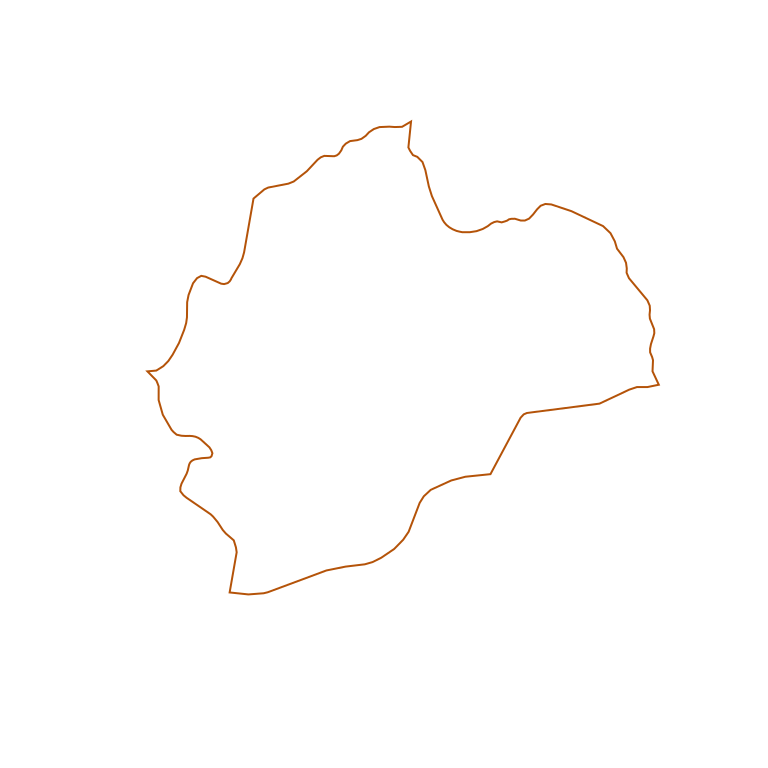 Paraguarí, orthographic projection, rotated 218°
{"feature_id": "PRY-611", "entity_name": "Paraguarí", "entity_type": "Department", "adm_level": 1, "iso_a3": "PRY", "parent_name": "Paraguay", "parent_adm1": "", "projection": "orthographic", "projection_center": [-57.025, -26.024], "detail": "fine", "context": "isolated", "style": "outline", "palette": "amber", "viewbox_px": 768, "rotation_deg": 218, "n_neighbors": 0, "source": "natural_earth", "source_scale": "10m", "svg_char_len": 2326}
<svg xmlns="http://www.w3.org/2000/svg" viewBox="0 0 768 768"><g transform="rotate(218 384 384)"><path d="M539.4,223.6L551.7,232.6L560.1,243.4L563.4,245.4L565.6,246.6L578.2,248.3L571.7,254.4L568.9,262.2L568.1,269.3L568.6,276.9L570.8,290.1L574.8,303.6L577.4,310.2L580.3,315.2L589.5,327.3L592.8,333.8L596.5,345.8L596.5,352.3L594.6,356.7L590.7,358.7L574.1,362.8L571.5,364.3L569.3,367.3L568.8,369.9L569.0,372.3L569.3,373.2L571.4,389.7L573.0,396.0L575.3,401.6L601.0,449.8L598.1,463.7L596.2,467.5L582.7,483.0L579.8,488.0L575.8,504.2L574.4,519.8L573.4,523.7L571.5,527.0L563.5,532.8L562.0,535.0L561.3,537.7L561.5,541.8L562.5,545.7L562.1,549.9L560.3,554.5L555.1,559.8L552.7,563.3L551.2,568.3L550.8,573.1L549.0,578.6L545.7,583.7L538.2,590.1L533.6,593.2L528.1,597.8L524.3,607.5L510.4,585.4L507.0,583.8L502.1,582.2L497.6,583.5L490.3,582.6L483.1,578.0L470.3,567.3L462.0,561.6L439.0,549.5L436.2,548.5L432.8,547.8L429.1,547.7L425.2,548.2L421.1,549.3L418.2,550.6L415.8,551.8L409.7,556.6L405.2,561.4L401.6,567.0L399.4,572.3L398.4,576.3L396.9,579.4L395.0,581.8L390.8,583.8L388.8,586.6L387.5,588.7L386.9,590.7L385.4,592.5L382.6,594.8L376.9,597.0L373.6,599.6L371.5,603.6L370.9,609.3L370.9,615.9L370.3,620.9L367.7,625.2L362.7,628.5L342.7,635.6L308.6,643.3L298.4,642.3L289.9,638.5L283.7,634.1L273.4,631.4L267.9,628.5L263.9,624.6L261.3,621.0L256.1,618.2L228.0,612.1L222.8,609.3L219.8,605.9L217.4,602.1L214.7,599.2L204.9,593.5L202.3,590.5L201.0,587.5L198.2,579.8L196.1,575.7L193.8,572.8L189.3,570.3L186.7,568.4L180.2,559.3L167.0,552.6L174.5,543.8L182.8,537.3L187.3,530.5L202.1,501.2L253.5,449.2L255.2,446.1L255.6,441.6L244.6,378.5L262.8,361.0L271.6,349.4L282.0,329.4L283.5,320.0L282.7,312.3L273.6,282.7L273.0,273.1L274.4,260.3L279.2,245.4L283.4,236.6L288.1,230.1L301.9,216.4L314.6,201.6L347.4,148.3L350.0,145.0L361.3,134.7L377.3,124.7L396.5,160.7L400.1,164.1L406.1,168.3L416.5,168.8L421.2,169.7L430.2,172.8L437.1,174.3L440.4,174.6L469.5,172.8L473.5,172.9L478.5,174.1L480.8,177.2L482.2,180.8L484.3,191.8L485.4,195.1L487.8,200.2L488.3,201.9L488.4,203.8L487.9,205.8L486.8,208.0L482.0,213.3L477.1,217.7L475.7,219.3L475.5,221.0L476.6,223.8L479.4,225.5L482.6,226.6L494.5,227.5L497.2,227.2L500.1,226.4L502.9,225.0L505.4,223.3L508.2,221.0L511.8,218.5L516.2,216.4L520.3,216.6L523.2,217.1L539.4,223.6Z" fill="none" stroke="#b45309" stroke-width="2"/></g></svg>